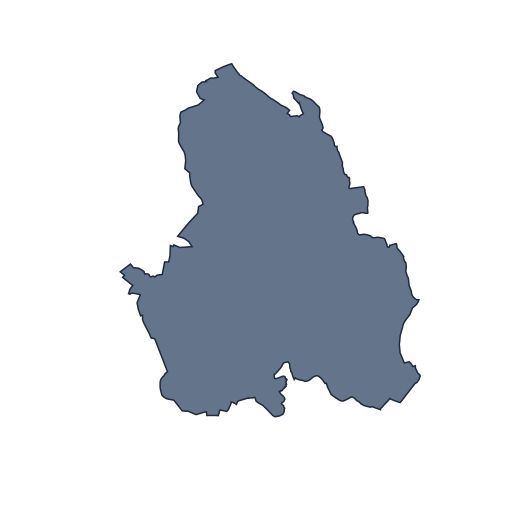 Micestii De Campie, Bistrita-Nasaud, Romania (orthographic projection), rotated 249°
{"feature_id": "2599482B41315370322587", "entity_name": "Micestii De Campie", "entity_type": "district", "adm_level": 2, "iso_a3": "ROU", "parent_name": "Romania", "parent_adm1": "Bistrita-Nasaud", "projection": "orthographic", "projection_center": [24.308, 46.848], "detail": "fine", "context": "isolated", "style": "filled", "palette": "slate", "viewbox_px": 512, "rotation_deg": 249, "n_neighbors": 0, "source": "geoboundaries", "source_scale": "gbopen_adm2", "svg_char_len": 6122}
<svg xmlns="http://www.w3.org/2000/svg" viewBox="0 0 512 512"><g transform="rotate(249 256 256)"><path d="M217.2,391.4L217.5,389.9L217.8,387.5L217.7,386.2L218.1,384.7L216.4,383.2L216.8,382.7L217.4,382.1L218.1,381.8L219.7,382.4L221.0,382.2L224.1,382.3L225.3,382.3L226.1,382.0L226.8,381.5L229.8,376.6L230.3,374.9L230.6,372.9L230.8,372.6L231.3,371.4L231.7,371.3L232.4,370.7L233.1,370.3L233.6,370.3L235.0,368.6L236.4,366.7L237.5,364.7L238.6,360.2L239.9,359.3L240.8,359.1L242.0,359.1L243.4,359.5L244.3,359.6L247.3,359.5L252.5,358.8L252.7,359.4L255.5,359.2L257.1,360.1L257.7,360.6L259.1,362.3L259.1,365.2L259.0,366.3L258.6,367.4L258.7,368.3L258.7,369.7L258.4,370.8L256.6,373.8L255.9,375.6L256.6,376.0L261.2,377.3L261.8,377.6L262.5,378.3L267.5,380.4L270.9,380.7L272.3,380.3L273.6,380.3L275.0,380.6L277.4,380.8L278.1,381.3L282.1,381.3L285.3,367.9L286.6,367.1L289.4,369.3L290.6,369.8L292.4,370.1L293.8,370.5L294.3,371.0L295.9,371.1L296.7,369.9L297.8,369.6L299.3,369.6L300.6,368.0L304.0,368.0L306.6,368.8L308.4,368.6L308.9,369.0L309.6,369.1L311.5,369.8L312.0,370.2L320.9,370.3L323.0,370.5L325.0,369.9L327.9,370.3L329.3,370.9L329.4,370.1L330.3,369.0L330.7,368.9L334.2,369.5L337.0,369.6L339.2,369.5L340.9,369.0L346.0,364.6L346.9,364.1L347.7,363.2L350.0,362.5L350.3,362.9L350.3,363.2L351.5,364.5L355.1,365.0L360.8,364.8L363.0,365.0L367.7,367.3L370.1,368.1L370.9,368.2L372.8,368.2L373.5,367.7L377.5,365.9L380.2,364.8L382.8,363.2L385.8,359.9L386.6,359.4L387.0,358.6L388.4,358.2L390.9,355.0L395.4,351.3L396.4,350.0L395.0,348.0L394.1,348.5L393.4,348.5L390.4,348.2L389.6,347.9L387.1,349.1L383.0,350.6L383.5,351.3L378.5,351.0L375.3,350.9L371.9,351.3L371.3,347.9L370.9,346.8L370.4,346.1L371.6,345.3L372.2,344.6L373.7,338.9L374.2,337.9L375.9,337.8L377.9,336.2L380.0,339.6L383.6,337.5L388.5,332.9L390.2,332.0L394.8,328.8L398.8,325.6L404.9,322.4L408.0,320.3L410.7,318.1L414.2,316.0L416.6,315.0L427.3,307.9L429.5,306.7L430.8,305.4L432.1,305.3L435.0,304.2L436.6,303.9L440.3,302.9L444.2,302.2L444.4,299.2L444.4,293.4L443.7,284.4L441.8,283.5L436.6,284.6L437.3,279.8L438.0,278.5L438.3,277.5L438.1,275.4L437.8,274.1L437.8,273.0L437.7,272.0L436.7,272.2L436.9,270.3L437.8,268.1L436.5,264.1L435.8,262.6L430.6,259.4L423.0,260.4L420.3,263.6L417.7,256.3L418.3,245.4L417.6,242.7L417.2,237.3L415.1,235.8L413.4,234.9L407.7,233.3L406.3,232.0L404.6,230.1L403.1,229.2L401.4,228.6L399.2,228.1L396.5,227.1L391.4,225.0L389.5,224.6L382.8,225.5L379.1,226.2L375.6,226.0L370.1,224.5L363.0,220.8L357.3,223.9L355.5,223.1L353.1,222.5L347.6,221.3L345.6,221.1L343.5,221.3L335.5,223.1L332.8,223.8L330.1,224.9L328.7,225.3L327.2,225.5L324.5,225.3L323.3,224.9L322.7,220.1L316.8,216.9L311.1,205.2L302.5,189.9L298.3,195.2L293.5,198.4L287.6,199.7L291.3,187.8L295.8,183.3L294.5,182.0L296.5,179.8L286.9,175.7L281.7,172.3L283.2,168.6L272.3,161.8L273.1,159.1L273.5,157.2L273.3,155.7L272.7,154.6L272.7,154.1L272.9,153.8L273.6,153.4L274.0,153.0L274.2,152.5L274.2,151.9L274.1,150.5L274.3,149.9L274.7,149.7L276.4,149.6L277.7,149.0L278.3,148.1L279.2,145.6L281.4,145.9L283.3,144.8L286.7,142.1L288.7,137.8L289.2,137.3L293.5,135.9L289.9,123.6L285.1,126.4L283.8,123.8L274.9,129.0L272.8,130.4L270.3,126.6L266.5,123.5L265.5,124.7L265.8,126.0L265.5,127.5L264.4,129.5L262.3,132.7L261.2,134.1L256.1,129.2L254.7,128.1L248.5,127.1L241.5,126.8L241.5,128.8L237.2,127.3L234.9,127.2L231.2,127.5L221.8,128.6L219.5,128.6L217.4,128.7L216.7,129.0L216.2,130.3L214.8,131.8L179.6,131.9L179.0,129.6L178.4,128.5L177.2,127.2L176.7,125.8L176.1,124.7L175.3,123.5L173.9,122.1L172.3,121.2L168.3,119.6L166.5,119.1L162.8,118.6L159.7,118.3L157.1,119.5L154.4,121.9L150.8,127.7L137.9,131.6L136.0,135.3L136.1,136.2L133.3,139.2L130.9,141.5L129.4,143.3L128.7,151.8L128.3,153.8L124.7,153.0L121.6,161.2L120.5,163.6L124.9,166.9L124.8,167.8L121.4,173.0L122.5,175.2L127.1,179.7L128.6,180.5L128.3,181.3L125.7,183.7L124.5,184.5L125.9,185.8L126.9,187.1L127.0,187.8L126.3,196.6L126.4,197.7L125.9,197.8L125.5,200.1L124.8,201.8L124.3,204.2L123.4,204.3L121.7,204.1L120.5,204.1L118.2,205.4L114.0,208.9L108.3,211.5L101.1,214.5L99.1,216.1L98.3,220.4L98.6,224.1L99.7,225.6L101.2,226.9L102.5,227.2L103.6,228.3L104.3,228.0L105.3,227.9L106.4,228.1L107.4,227.4L108.9,226.8L109.7,227.7L110.1,229.6L111.4,231.1L112.1,231.7L113.6,231.7L114.4,231.3L115.3,231.3L118.0,229.8L121.1,229.1L121.5,230.9L120.9,231.0L121.1,232.4L121.6,232.8L122.7,235.4L123.2,235.4L123.6,235.8L123.1,236.2L123.3,237.0L123.8,237.6L124.1,237.4L125.5,237.9L125.4,238.6L126.7,238.6L128.2,239.0L129.3,240.6L130.1,240.6L130.4,240.3L130.6,239.6L132.9,239.8L133.9,238.8L134.1,238.0L134.2,235.0L134.2,231.3L134.9,229.4L138.6,230.3L139.1,232.1L142.4,238.4L143.7,240.3L145.3,242.1L146.3,243.7L146.3,244.6L146.0,246.0L145.8,247.9L144.7,248.2L144.0,248.7L141.8,248.4L140.0,247.7L138.8,247.5L137.4,247.6L136.0,247.1L134.3,247.5L133.6,247.6L132.8,247.4L129.2,247.3L127.0,247.4L128.1,248.8L126.6,250.0L126.0,250.9L125.1,251.7L123.8,253.7L123.4,254.7L121.6,256.7L121.1,257.7L120.9,260.4L121.2,262.1L122.3,265.4L122.7,267.4L122.7,268.5L122.3,270.2L121.7,271.0L119.9,272.2L118.3,273.0L116.1,273.9L112.2,274.8L112.1,276.1L108.3,275.8L99.7,276.5L98.8,277.2L96.9,278.3L96.0,279.0L92.6,281.3L90.4,283.3L89.5,285.0L89.3,286.4L89.7,290.9L90.2,293.6L90.1,295.0L88.6,296.5L87.5,297.2L84.7,298.3L83.7,299.4L81.6,300.6L80.1,301.1L78.4,302.7L77.1,304.0L73.9,308.5L73.7,310.4L67.9,317.1L69.2,317.8L69.3,318.9L71.7,323.3L73.7,327.8L75.0,329.8L73.8,330.7L67.8,337.6L67.6,338.4L80.0,358.8L80.2,360.9L82.5,364.1L85.1,366.3L86.9,366.2L88.5,365.1L89.9,364.9L91.5,365.0L92.0,364.8L94.1,364.7L95.5,364.9L95.9,365.4L96.5,365.4L96.6,362.7L99.3,362.4L102.4,361.1L103.0,356.1L113.9,355.8L122.4,358.2L124.5,359.4L128.7,361.4L130.7,362.5L136.3,366.8L138.0,367.9L140.9,370.4L143.3,374.0L146.1,378.6L151.5,383.5L152.3,386.0L153.3,388.6L155.0,390.9L156.7,392.4L157.8,390.0L160.3,388.6L162.9,387.7L165.3,387.8L167.4,388.3L168.9,388.4L173.7,388.4L179.5,390.0L181.4,390.2L184.3,390.1L188.2,390.4L191.3,392.1L193.6,392.9L196.1,393.4L196.7,393.3L196.8,393.0L198.6,392.8L201.1,393.0L202.6,393.4L202.7,393.7L209.2,392.0L212.4,390.7L213.1,390.6L215.8,391.4L217.2,391.4Z" fill="#64748b" stroke="#1e293b" stroke-width="1.5"/></g></svg>